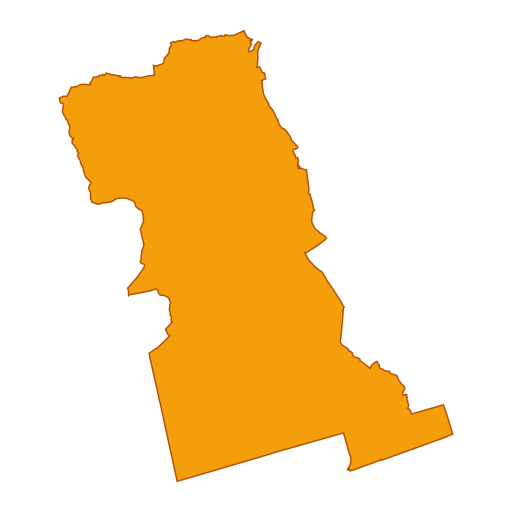 outline of Ceptura, Prahova, Romania
{"feature_id": "2599482B71736492781600", "entity_name": "Ceptura", "entity_type": "district", "adm_level": 2, "iso_a3": "ROU", "parent_name": "Romania", "parent_adm1": "Prahova", "projection": "equal_earth", "projection_center": [26.322, 45.023], "detail": "fine", "context": "isolated", "style": "filled", "palette": "amber", "viewbox_px": 512, "rotation_deg": 0, "n_neighbors": 0, "source": "geoboundaries", "source_scale": "gbopen_adm2", "svg_char_len": 5863}
<svg xmlns="http://www.w3.org/2000/svg" viewBox="0 0 512 512"><path d="M452.7,434.2L448.1,418.8L443.5,404.8L411.5,414.0L411.0,413.0L411.0,411.7L410.7,411.2L409.4,409.2L407.7,408.5L407.6,408.2L408.2,406.9L408.7,405.1L407.9,403.2L407.7,401.1L406.8,399.2L406.8,398.7L407.3,397.5L406.4,396.4L406.8,394.6L406.1,394.3L404.0,395.1L403.1,395.2L402.6,394.7L402.5,394.0L402.8,392.7L404.6,389.2L404.7,388.1L404.6,387.1L401.8,384.3L398.7,380.2L397.9,378.7L397.2,376.2L396.3,375.4L394.2,374.5L390.5,373.6L390.0,372.1L389.4,371.3L387.6,371.3L384.9,370.7L383.9,370.4L382.3,369.0L380.3,368.5L379.6,367.5L379.1,364.6L377.9,363.1L377.2,361.6L376.9,361.4L376.3,361.6L373.1,363.8L371.8,365.2L370.8,366.7L370.2,368.2L369.6,368.1L364.9,364.1L360.2,360.8L359.8,358.9L359.4,358.6L357.6,357.7L354.4,357.0L353.7,356.6L353.1,356.0L352.6,353.9L351.9,352.4L351.1,351.9L349.1,350.9L347.8,348.9L346.5,347.7L345.0,347.0L342.9,345.6L341.5,344.3L340.8,342.9L340.1,342.2L340.4,341.2L340.9,336.9L342.7,317.8L343.4,308.2L344.1,307.3L340.4,300.7L331.1,286.3L328.7,283.2L324.7,276.5L323.9,275.7L323.2,274.0L322.0,272.1L321.3,271.5L318.0,269.4L316.9,268.2L314.0,265.9L312.4,263.8L309.5,261.0L307.0,257.1L304.8,252.5L306.2,252.8L318.5,244.8L325.2,239.7L326.5,238.1L324.3,235.5L321.3,234.0L318.0,231.1L315.4,229.3L313.0,224.9L311.9,222.3L311.7,220.9L311.8,218.4L312.7,212.0L313.7,210.9L314.6,210.4L313.8,209.0L313.3,207.5L312.7,204.0L311.2,198.5L310.2,195.6L309.9,194.1L309.0,194.1L308.7,192.9L308.6,191.9L308.7,190.8L309.0,189.9L306.4,169.7L303.6,169.5L301.6,168.2L299.2,168.6L298.2,168.5L298.3,167.4L298.9,167.5L299.1,167.2L299.5,167.2L299.7,166.3L297.7,166.1L298.2,164.2L297.6,164.1L298.1,162.0L298.4,162.0L298.4,160.8L298.2,160.3L298.5,160.1L297.4,157.4L296.1,158.1L295.2,156.4L295.4,155.5L293.9,153.7L294.2,153.5L293.4,152.3L292.9,150.3L293.3,149.9L296.6,148.5L297.9,147.6L297.8,147.0L297.1,146.0L291.8,140.6L289.9,136.1L286.5,131.3L285.3,129.9L283.7,128.7L281.5,127.8L280.6,126.4L278.8,123.4L278.3,122.3L277.8,119.8L276.2,117.4L273.7,111.8L272.8,110.2L269.3,106.1L268.0,102.5L267.0,101.0L265.3,98.0L263.6,94.1L262.4,86.9L262.3,83.1L261.7,80.5L265.8,78.8L264.9,75.7L264.7,73.9L264.4,73.0L262.7,72.8L259.4,66.7L257.2,67.3L256.7,67.1L257.4,65.2L257.6,60.7L257.9,59.3L257.6,52.0L258.7,48.6L261.0,43.1L258.3,41.5L254.7,45.5L254.3,46.4L253.9,49.1L253.3,49.9L251.6,51.0L248.9,51.8L248.6,49.4L249.5,47.3L250.5,46.3L251.4,44.1L251.3,43.8L250.2,43.0L250.2,42.6L250.8,41.6L250.2,40.9L250.4,40.7L251.3,41.2L251.6,41.1L252.2,39.9L252.3,39.2L251.8,39.2L251.3,40.5L251.0,40.4L250.8,40.2L250.9,39.6L250.7,39.3L249.6,38.7L248.9,38.0L247.5,37.5L246.7,36.8L246.7,35.9L245.2,34.0L244.0,30.7L235.9,34.4L234.7,35.2L230.3,35.5L227.5,35.5L225.6,34.7L224.6,35.4L224.7,36.0L224.3,36.2L222.7,36.2L220.9,35.3L220.0,35.9L218.6,36.2L218.2,36.4L217.3,36.5L216.7,37.1L216.3,36.8L215.2,37.1L211.9,37.2L209.5,36.7L208.0,35.5L207.4,35.4L205.5,36.1L205.3,36.4L205.5,37.2L205.1,37.6L204.1,37.5L201.4,38.3L199.9,39.2L198.4,40.5L196.5,40.5L195.0,40.9L193.9,40.4L193.2,40.8L192.4,40.8L191.2,40.3L191.1,39.6L188.7,39.8L187.5,39.3L185.7,39.1L183.2,40.2L182.5,40.7L180.9,40.6L178.9,41.1L176.7,41.2L176.3,41.7L175.5,42.1L174.3,42.1L173.0,41.6L171.5,42.7L170.6,42.7L171.3,44.9L171.3,45.6L169.9,47.3L169.4,48.6L169.0,51.0L169.2,52.3L167.0,55.4L165.2,57.3L164.3,59.1L163.9,61.8L163.5,62.7L162.9,63.4L161.1,64.4L156.8,65.8L155.7,65.9L153.4,65.4L154.5,74.9L152.3,75.4L147.8,75.9L142.1,77.5L138.0,77.5L135.9,76.7L132.3,78.0L124.7,77.3L123.6,77.9L121.9,77.2L120.2,77.0L120.7,76.1L120.4,76.0L110.0,74.3L108.3,73.6L105.9,73.1L104.4,75.4L102.6,74.5L102.4,75.0L101.9,75.2L101.1,75.5L99.8,75.3L99.4,75.5L98.5,76.7L96.8,76.8L96.0,77.2L93.8,77.0L93.4,77.3L91.3,81.7L90.0,82.8L90.4,84.8L84.7,84.3L81.1,84.5L79.1,85.1L76.7,86.7L74.9,86.7L73.4,87.2L71.2,87.3L69.3,91.8L66.9,96.3L63.1,96.3L60.6,97.7L59.4,98.0L59.3,99.3L60.6,102.9L62.6,103.4L63.3,103.8L63.4,104.1L63.4,105.2L62.4,112.0L63.5,113.7L64.1,115.6L65.3,116.9L65.9,118.8L67.3,120.6L68.3,122.9L68.5,124.1L69.6,125.3L69.7,126.3L69.5,129.8L69.0,131.4L69.0,132.1L69.6,134.7L70.4,136.3L71.7,137.7L73.5,138.4L73.1,138.9L72.6,139.2L72.3,140.0L72.0,141.9L72.3,143.4L74.1,145.1L75.9,148.3L77.6,149.8L77.2,151.4L78.4,152.8L78.5,153.3L77.7,154.7L77.6,156.1L80.0,160.4L80.5,161.4L80.4,162.0L80.7,163.6L83.1,168.0L83.7,171.7L85.2,175.3L85.8,177.3L89.1,180.4L90.2,181.6L91.0,182.9L88.9,186.7L88.7,188.3L90.5,192.5L90.6,194.0L90.5,196.4L90.6,198.6L90.5,199.1L91.0,199.3L91.5,200.0L91.5,201.3L91.9,202.1L96.7,203.9L99.8,204.0L102.0,203.0L104.7,202.9L111.2,201.8L113.4,200.8L115.2,199.3L117.9,198.3L122.3,198.0L127.5,198.5L130.3,199.8L132.5,200.5L134.4,201.9L135.1,203.3L135.7,206.1L136.2,206.9L139.1,209.3L141.8,210.3L142.5,212.3L143.1,215.3L143.5,220.9L143.2,222.5L140.6,228.4L140.3,229.7L141.3,233.3L141.6,235.4L142.2,237.3L142.4,239.0L143.1,240.7L143.5,242.6L143.8,245.9L141.7,251.0L141.8,252.3L141.1,256.3L141.3,258.0L141.2,258.9L140.2,261.9L140.6,262.6L141.3,263.2L144.1,264.3L144.6,265.0L144.5,265.8L143.6,268.0L142.3,270.1L138.7,275.2L135.2,279.6L132.3,282.7L130.3,285.5L127.7,287.9L127.7,288.4L128.3,290.1L128.7,295.4L129.1,295.0L130.2,294.7L150.1,290.9L156.2,288.8L158.2,290.8L158.3,292.8L160.0,294.9L160.5,295.2L164.9,295.6L165.7,296.3L167.7,297.1L169.2,298.9L169.3,299.6L170.6,302.4L169.8,305.1L169.7,307.1L169.3,309.7L170.2,313.0L170.4,315.6L171.3,316.8L171.4,318.0L171.0,319.2L171.2,320.7L171.5,321.3L172.3,321.6L172.3,321.8L170.8,323.6L165.4,329.5L166.4,330.9L167.5,333.8L169.8,335.8L158.7,346.8L149.1,353.2L150.6,360.7L161.4,408.7L170.3,450.2L171.9,456.9L177.2,481.3L261.1,456.7L276.6,451.9L343.5,432.9L349.1,452.7L350.4,456.1L350.7,457.5L351.0,461.1L350.1,464.8L348.8,467.3L347.3,469.5L348.7,470.4L349.6,469.5L350.3,471.0L351.1,470.5L353.6,470.0L363.8,466.1L374.7,462.3L380.9,459.9L381.2,459.5L381.5,460.3L446.4,436.8L449.4,435.3L452.7,434.2Z" fill="#f59e0b" stroke="#b45309" stroke-width="1.5"/></svg>